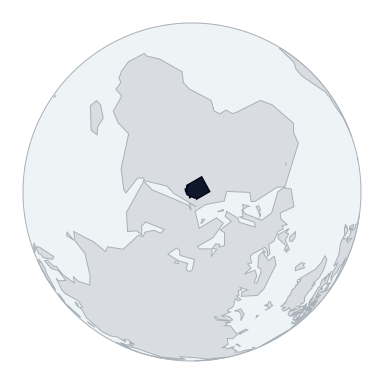 Al Wadi at Jadid on an orthographic globe, rotated 149°
{"feature_id": "EGY-1550", "entity_name": "Al Wadi at Jadid", "entity_type": "Governorate", "adm_level": 1, "iso_a3": "EGY", "parent_name": "Egypt", "parent_adm1": "", "projection": "orthographic", "projection_center": [30.896, 24.831], "detail": "medium", "context": "on_globe", "style": "filled", "palette": "ink", "viewbox_px": 384, "rotation_deg": 149, "n_neighbors": 0, "source": "natural_earth", "source_scale": "10m", "svg_char_len": 10881}
<svg xmlns="http://www.w3.org/2000/svg" viewBox="0 0 384 384"><g transform="rotate(149 192 192)"><circle cx="192" cy="192" r="169" fill="#eef3f6" stroke="#a8b0b8"/><path d="M206.6,23.7L211.9,24.2L214.7,24.6L206.9,23.8L210.9,24.5L199.0,24.2L178.7,24.0L171.8,25.3L150.0,29.6L151.7,29.7L144.5,32.0L143.8,33.1L139.9,34.1L142.6,34.2L146.3,33.2L148.7,33.0L148.6,33.7L143.7,34.8L143.0,34.7L141.5,35.4L139.1,35.8L140.2,36.0L134.3,37.6L140.0,37.2L135.1,39.4L131.2,40.3L131.9,38.6L124.8,38.2L121.1,39.3L115.2,42.2L103.2,50.2L99.0,52.5L93.1,56.7L95.2,55.8L100.6,52.4L103.1,52.4L109.5,48.6L111.4,48.3L117.8,45.5L116.4,47.7L111.6,51.6L106.2,54.2L104.0,56.1L108.8,55.4L98.5,62.5L91.1,71.6L88.5,73.5L84.0,73.4L84.8,68.4L78.9,70.1L82.3,71.1L75.6,76.7L74.4,78.7L74.5,79.8L76.8,78.6L74.5,81.2L70.3,80.8L72.3,78.4L73.7,78.4L74.0,76.3L71.1,76.9L68.0,80.1L66.9,79.0L64.7,81.5L63.2,82.9L66.9,78.9L60.3,86.3L59.6,87.1L67.3,78.0L75.6,69.5L84.6,61.6L94.0,54.3L104.0,47.8L114.3,41.9L125.1,36.8L136.2,32.5L147.6,29.0L159.2,26.3L170.9,24.4L182.8,23.3L194.7,23.1L206.6,23.7ZM26.6,157.5L26.2,160.1L25.9,161.5L24.1,178.5L25.0,190.3L25.3,198.6L24.9,201.8L25.9,205.5L25.9,208.3L32.6,222.9L38.2,235.2L39.5,244.5L37.8,250.8L43.1,269.8L41.8,269.4L36.4,257.8L31.9,245.9L28.2,233.6L25.6,221.1L23.8,208.4L23.1,195.7L23.3,182.9L24.5,170.1L26.6,157.5ZM118.1,44.5L117.9,45.0L116.8,45.2L118.1,44.5ZM121.0,43.0L119.9,43.0L121.1,42.2L121.8,42.3L121.0,43.0ZM220.0,25.4L220.7,25.5L219.3,25.3L220.0,25.4ZM122.2,43.2L123.4,41.0L125.6,39.8L130.0,39.1L122.2,43.2ZM221.0,25.6L225.8,26.8L228.7,27.3L223.1,27.0L220.9,25.8L216.4,24.9L219.9,25.5L221.0,25.6ZM147.5,32.6L143.6,33.7L146.9,32.2L147.5,32.6ZM149.0,31.7L155.8,28.2L161.5,27.3L158.1,28.5L165.5,27.0L164.9,28.2L160.7,29.3L157.2,29.6L159.7,29.9L149.0,31.7ZM219.3,26.9L219.3,27.2L217.9,26.8L219.3,26.9ZM149.9,32.8L150.8,32.1L155.7,31.1L154.9,32.5L153.6,32.3L149.9,32.8ZM167.8,26.2L171.3,26.0L171.8,26.8L173.3,26.9L165.4,28.2L167.8,26.2ZM152.4,32.9L154.3,33.3L151.9,34.4L149.4,33.5L152.4,32.9ZM157.4,30.4L159.7,30.0L158.1,30.6L157.4,30.4ZM144.3,39.3L145.3,38.1L147.9,37.5L144.3,39.3ZM155.3,33.3L156.1,33.0L157.2,32.6L158.0,33.2L155.3,33.3ZM166.3,28.8L165.8,29.3L169.6,28.3L170.1,29.1L164.7,29.9L167.3,29.9L167.4,30.2L162.9,30.6L166.3,28.8ZM162.3,32.9L155.7,34.6L153.3,36.8L150.9,37.4L155.1,33.8L162.3,32.9ZM163.0,31.5L162.0,32.4L159.5,32.5L158.6,31.9L163.0,31.5ZM172.4,29.5L172.9,28.0L174.1,27.9L172.4,29.5ZM162.1,33.4L163.7,33.0L162.2,33.6L162.1,33.4ZM169.8,30.6L169.8,30.0L171.1,29.9L169.8,30.6ZM166.8,32.8L164.7,33.3L164.1,32.9L166.8,32.8ZM168.6,31.8L170.4,31.8L165.1,32.4L168.4,31.5L168.6,31.8ZM171.0,30.6L171.8,30.3L170.8,30.9L171.0,30.6ZM170.5,34.5L164.1,35.4L162.6,34.3L169.1,33.5L170.5,34.5ZM277.0,46.0L267.8,41.4L248.4,33.4L256.4,36.4L254.6,36.0L257.5,37.5L263.1,39.9L263.7,39.9L273.0,47.2L286.6,56.7L285.5,54.1L288.9,55.6L303.4,66.5L321.0,87.6L325.8,91.7L328.9,95.6L330.8,99.7L326.4,94.0L324.7,93.7L321.9,90.1L323.5,95.6L319.6,90.8L322.8,97.8L326.1,100.7L326.1,97.3L330.5,106.0L335.7,110.4L340.9,118.6L347.2,138.3L346.9,147.7L347.8,150.8L345.3,149.4L345.6,157.5L353.0,170.2L354.0,175.1L352.8,188.1L352.1,184.6L345.6,181.0L347.0,193.2L352.0,199.0L353.8,208.9L351.1,208.3L348.9,199.8L346.6,198.2L345.4,187.8L340.0,174.7L337.1,180.3L335.5,174.2L327.6,164.9L322.5,172.7L315.4,194.4L317.4,210.3L313.7,219.0L302.0,199.9L296.8,185.5L292.6,188.5L280.6,178.4L259.9,182.6L257.0,179.0L253.1,181.7L244.6,179.0L240.1,172.9L235.0,174.1L247.1,190.1L252.5,188.9L257.1,181.2L259.4,187.2L267.6,191.3L258.6,208.3L227.9,226.0L225.0,214.3L201.7,182.4L202.4,178.5L202.3,178.1L202.0,177.3L199.9,183.6L195.9,177.2L208.3,200.0L210.4,209.9L227.5,226.8L225.9,228.8L231.4,232.0L249.1,225.2L249.2,229.2L240.8,248.4L216.3,274.5L219.6,289.4L217.9,301.8L202.8,310.5L204.3,319.2L196.5,322.5L196.1,327.1L189.9,332.0L179.5,336.3L161.7,335.4L160.4,331.4L151.3,322.6L138.6,300.2L143.0,290.2L141.3,281.7L128.5,260.7L131.3,249.9L127.8,244.6L120.8,244.7L116.9,238.3L112.6,237.4L86.3,235.4L78.4,225.5L69.6,198.5L74.5,190.3L75.7,179.0L109.8,148.5L116.6,152.3L143.0,151.5L146.2,153.3L142.7,161.9L162.1,174.7L168.9,167.7L187.0,174.2L199.3,173.9L204.4,157.2L184.3,157.3L181.3,149.1L197.7,142.0L215.4,142.5L214.8,139.4L204.0,132.8L208.4,127.0L200.3,130.1L203.3,133.2L198.3,135.4L195.2,132.8L196.9,130.7L191.7,129.4L185.0,140.4L187.4,144.8L173.5,146.5L176.0,154.1L172.1,157.5L166.3,146.0L167.2,141.9L156.0,129.4L153.9,133.7L164.2,146.0L160.8,144.9L158.0,151.7L157.5,145.7L146.7,131.8L134.4,133.1L118.1,148.1L111.1,148.3L105.5,143.6L112.1,126.9L127.1,128.6L129.7,123.4L127.2,115.0L132.0,116.4L132.8,113.4L138.6,113.9L147.2,107.6L153.1,107.6L157.1,98.9L160.7,97.9L157.3,103.2L158.1,107.1L172.8,107.8L175.9,106.0L177.3,100.5L181.2,101.7L180.6,96.3L189.4,94.6L178.3,92.5L179.6,86.7L185.2,82.6L183.6,80.5L174.5,87.3L172.7,90.5L174.3,93.7L167.6,102.9L162.4,104.2L161.9,93.7L154.5,94.6L157.3,86.6L180.2,72.0L189.4,69.7L203.4,77.2L201.0,80.5L194.7,79.4L199.9,85.4L199.8,82.5L203.0,83.7L205.1,79.2L207.5,79.9L205.4,74.6L208.6,74.9L209.8,78.3L215.6,72.6L222.4,72.5L222.5,70.9L220.8,69.3L230.5,70.7L230.2,69.5L226.9,68.6L224.1,65.7L223.0,61.4L226.5,62.1L227.3,63.7L234.2,68.6L236.0,73.3L237.3,73.2L236.5,69.3L228.1,63.4L226.5,60.6L230.9,63.0L229.2,61.9L229.4,60.8L232.9,60.5L228.2,57.8L226.5,46.5L233.0,45.4L237.1,48.3L239.5,42.8L246.7,43.0L243.6,41.9L242.7,39.3L240.5,39.1L238.9,38.5L235.6,32.8L237.4,32.4L232.5,29.8L231.0,29.4L229.3,29.4L223.1,27.0L228.7,27.3L232.0,28.1L233.2,28.2L240.5,30.2L247.1,32.3L254.4,35.3L259.0,37.1L258.9,36.9L265.0,39.6L277.0,46.0ZM97.7,165.9L96.7,169.2L96.7,169.3L97.7,165.9ZM234.1,151.9L244.6,151.3L239.9,141.4L243.6,140.5L240.6,137.7L239.5,140.7L232.3,132.8L236.8,129.3L235.6,125.1L231.9,125.1L224.7,132.9L235.0,144.0L232.6,148.5L234.1,151.9ZM26.2,160.2L25.7,162.9L25.9,161.7L26.2,160.2ZM33.3,133.9L32.5,136.4L32.9,135.3L33.3,133.9ZM75.9,76.7L76.2,76.8L75.7,78.4L74.8,78.5L75.9,76.7ZM80.6,81.5L76.7,85.6L78.8,82.5L76.8,83.2L78.7,78.0L87.3,74.3L83.1,76.7L80.6,81.5ZM83.7,70.6L81.5,73.9L83.6,70.4L83.7,70.6ZM131.9,97.9L133.6,100.1L131.1,103.3L123.7,104.6L127.2,99.9L131.9,97.9ZM136.7,102.6L138.2,92.5L142.9,91.7L140.0,93.8L143.0,94.3L139.1,97.8L142.1,107.5L140.1,111.0L127.4,110.7L132.6,108.7L130.6,106.5L136.7,102.6ZM134.0,72.3L134.7,69.1L143.9,71.3L142.2,74.2L134.6,75.3L132.3,72.7L134.0,72.3ZM129.7,42.8L129.4,42.3L130.8,41.8L132.2,42.0L129.7,42.8ZM144.5,38.8L132.5,45.2L131.6,44.8L125.7,49.7L120.8,50.5L124.8,47.2L116.7,51.8L118.3,49.2L113.1,52.6L122.4,45.2L123.6,43.4L124.2,45.0L128.6,44.1L130.8,43.3L138.1,39.6L142.7,35.8L147.9,34.8L150.2,35.1L149.9,35.8L146.7,36.2L148.5,37.0L143.6,38.1L144.5,38.8ZM175.2,45.5L171.6,44.5L174.5,48.3L169.6,48.5L170.3,49.0L166.5,50.4L163.1,53.0L161.0,52.8L160.6,53.9L158.1,55.1L156.8,56.7L152.5,57.0L150.6,59.0L149.6,58.0L147.5,61.6L147.2,59.1L143.9,60.7L146.0,62.2L125.8,62.2L117.6,64.9L110.9,68.7L111.2,64.6L117.6,58.7L126.8,53.1L134.6,51.5L133.3,50.2L136.7,49.1L136.3,50.6L138.9,47.7L141.6,47.3L149.7,43.7L151.8,40.4L154.9,39.2L155.4,40.3L158.1,38.4L161.1,39.8L163.4,39.0L168.6,39.9L168.3,42.9L170.8,41.9L174.9,42.8L175.2,45.5ZM171.9,34.8L172.7,37.7L170.3,39.5L162.2,37.3L159.7,37.8L154.4,36.9L157.9,34.5L159.1,34.9L161.1,34.8L159.2,35.6L162.2,34.9L163.9,35.6L166.7,35.3L166.2,36.2L171.9,34.8ZM150.2,150.3L152.7,150.9L156.8,150.8L155.1,155.3L150.2,150.3ZM142.7,140.9L145.0,140.6L144.6,146.4L141.9,146.0L142.7,140.9ZM146.7,135.7L145.2,140.1L144.4,137.5L146.7,135.7ZM159.5,102.7L162.1,102.2L162.2,103.5L160.6,105.4L159.5,102.7ZM182.8,58.4L181.1,57.2L182.0,56.6L181.4,53.1L185.0,52.9L186.7,54.9L182.8,58.4ZM200.8,160.1L197.1,163.4L195.3,161.9L196.9,161.0L200.8,160.1ZM174.8,159.7L180.6,162.0L174.3,160.9L174.8,159.7ZM186.6,57.6L186.0,56.1L188.2,56.9L186.6,57.6ZM187.6,52.6L190.2,53.2L185.4,52.4L187.6,52.6ZM260.8,344.0L261.3,344.4L258.9,345.3L260.8,344.0ZM246.6,296.8L234.7,318.4L226.8,319.4L225.5,313.8L230.0,301.1L239.3,296.4L243.9,289.9L246.6,296.8ZM358.5,220.7L355.4,228.1L353.6,229.2L354.5,225.8L357.3,221.7L358.5,220.7ZM354.3,226.0L351.1,223.1L343.7,207.9L346.4,206.1L353.5,212.5L353.2,215.2L355.1,218.3L354.3,226.0ZM360.4,201.3L360.0,208.6L358.7,212.2L357.8,213.0L357.3,205.6L357.6,200.4L358.4,199.0L359.4,178.1L360.1,179.7L360.4,187.8L360.8,191.9L360.4,201.3ZM318.1,211.5L322.0,219.3L319.7,221.9L318.1,211.5ZM358.1,165.4L358.8,174.2L357.6,163.5L358.1,165.4ZM356.3,156.0L357.1,159.1L356.3,157.0L356.3,156.0ZM349.4,155.2L348.6,157.6L347.8,155.4L348.2,151.1L349.4,155.2ZM344.8,125.8L347.8,132.3L348.7,134.8L346.9,131.6L344.8,125.8ZM216.4,56.5L213.2,61.4L213.2,65.4L217.0,68.2L210.3,66.7L210.2,60.4L216.4,56.5ZM224.9,47.5L221.6,45.5L223.9,45.3L224.9,45.8L224.9,47.5ZM222.3,47.0L216.6,46.7L215.3,45.0L220.0,45.5L222.3,47.0ZM201.6,51.4L200.4,52.8L198.7,52.0L201.6,51.4ZM360.5,205.0L360.6,202.1L360.9,192.9L360.9,188.5L360.9,187.7L361.0,190.5L360.9,192.2L360.9,194.1L360.5,205.0ZM359.4,169.0L359.2,167.8L359.6,171.5L358.0,160.5L359.4,169.0ZM358.0,160.9L358.5,164.3L357.5,158.3L358.0,160.9ZM358.1,162.9L357.3,159.2L357.4,158.5L358.1,162.9ZM357.9,160.3L356.5,153.5L357.2,156.7L357.9,160.3ZM355.1,151.3L356.7,154.9L356.0,155.6L352.2,143.5L352.2,141.8L355.1,151.3ZM331.0,96.6L328.9,93.9L327.8,92.0L329.6,94.4L331.0,96.6ZM322.7,84.9L326.8,90.6L330.1,96.2L330.8,96.7L334.7,102.6L331.7,99.0L326.8,91.4L325.0,88.2L321.3,83.7L317.9,79.4L313.4,74.7L310.8,72.0L314.3,75.4L320.5,82.2L322.7,84.9ZM311.5,72.9L302.4,64.7L301.9,63.8L303.8,65.4L308.2,69.4L308.2,69.6L311.5,72.9ZM300.1,62.5L300.0,62.8L286.4,54.0L283.4,52.0L293.5,57.6L293.9,58.2L297.4,60.7L300.1,62.5ZM221.1,27.5L219.5,27.3L220.5,27.2L221.1,27.5ZM237.7,38.5L235.8,37.6L237.0,37.3L237.7,38.5ZM231.1,35.1L231.1,36.0L229.7,34.7L231.1,35.1ZM231.3,38.3L230.4,36.3L233.3,38.7L231.3,38.3Z" fill="#d9dde1" stroke="#a8b0b8" stroke-width="1"/><path d="M175.9,200.0L176.6,183.3L191.5,183.6L191.4,183.7L191.4,183.9L191.4,184.0L191.7,184.5L191.8,184.7L192.1,185.0L192.5,185.2L192.7,185.4L193.1,186.1L193.4,186.5L193.7,186.7L194.8,188.1L195.2,188.5L195.4,188.6L195.5,188.6L195.9,188.5L196.5,188.2L196.8,188.2L196.8,188.3L196.9,188.5L196.8,188.8L196.7,189.0L196.2,189.5L196.1,189.8L196.2,190.2L196.3,190.6L196.4,190.8L196.7,191.0L196.9,191.2L197.0,191.2L197.1,191.4L197.2,191.5L197.2,191.9L197.4,192.2L197.4,192.3L197.5,192.5L197.4,192.6L197.3,192.8L197.3,193.0L197.3,193.5L197.3,193.8L197.4,194.0L197.3,194.3L197.2,194.3L196.9,194.3L196.7,194.4L196.7,194.5L196.8,194.8L197.0,194.9L197.0,195.0L196.6,195.2L196.4,195.3L196.3,195.5L196.2,195.6L196.2,195.8L196.1,196.1L196.3,196.2L196.6,196.2L197.0,196.1L197.0,196.3L196.8,196.6L196.7,196.7L196.6,197.0L196.5,197.3L196.4,197.5L196.3,197.8L196.2,198.0L196.0,197.9L195.9,197.9L195.6,197.8L195.4,197.8L194.6,198.2L194.3,198.1L194.2,198.1L193.9,198.3L193.9,198.5L194.0,198.7L194.0,198.9L194.0,199.0L193.9,199.1L193.7,199.3L193.4,199.5L193.2,199.5L192.9,199.7L192.9,199.8L193.0,199.9L193.1,200.0L193.0,200.3L175.9,200.0Z" fill="#0f172a" stroke="#020617" stroke-width="1.5"/></g></svg>